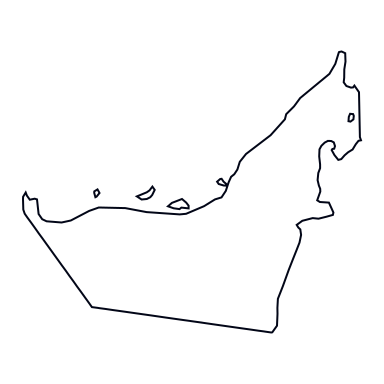 outline of United Arab Emirates
{"feature_id": "ARE", "entity_name": "United Arab Emirates", "entity_type": "country or territory", "adm_level": 0, "iso_a3": "ARE", "parent_name": "Asia", "parent_adm1": "", "projection": "robinson", "projection_center": [54.388, 24.345], "detail": "fine", "context": "isolated", "style": "outline", "palette": "ink", "viewbox_px": 384, "rotation_deg": 0, "n_neighbors": 0, "source": "natural_earth", "source_scale": "50m", "svg_char_len": 2268}
<svg xmlns="http://www.w3.org/2000/svg" viewBox="0 0 384 384"><path d="M354.4,85.6L359.0,92.2L359.9,137.1L361.0,140.3L358.5,140.8L355.8,144.2L352.6,149.5L348.2,152.2L344.6,155.3L341.3,159.1L338.3,159.9L334.4,155.0L331.7,150.1L332.4,149.0L334.2,148.7L335.0,146.1L333.8,142.4L331.2,141.0L327.9,140.9L324.7,142.6L321.4,145.8L319.5,149.3L319.2,156.4L320.1,164.4L320.1,168.2L318.3,173.0L317.6,180.1L318.9,185.6L320.2,188.8L320.3,191.6L317.2,200.3L319.9,202.0L328.9,202.6L331.6,208.5L333.4,212.5L332.9,214.9L326.5,216.7L318.5,218.7L312.7,218.1L302.3,220.8L296.7,224.9L298.3,227.5L300.3,229.4L301.1,234.9L299.5,242.6L296.6,250.0L292.9,259.3L288.7,270.0L282.9,286.1L277.9,298.8L277.4,307.9L277.5,313.8L277.0,325.7L272.3,332.3L271.3,332.5L265.7,331.7L263.8,331.4L258.5,330.7L250.2,329.5L239.4,328.0L226.7,326.2L212.6,324.2L197.4,322.0L181.7,319.8L166.1,317.6L150.9,315.4L136.7,313.4L124.1,311.6L113.3,310.1L105.1,308.9L99.7,308.2L97.9,307.9L91.9,307.1L88.8,302.7L84.9,297.3L81.1,292.0L77.2,286.7L73.4,281.3L69.5,276.0L65.7,270.6L61.8,265.3L58.0,260.0L54.1,254.6L50.3,249.3L46.4,243.9L42.6,238.6L38.7,233.3L34.9,227.9L31.1,222.6L27.2,217.3L24.7,213.7L23.3,209.6L23.0,199.1L23.1,196.8L25.7,192.5L26.9,195.6L29.8,199.7L34.7,198.7L37.0,199.4L38.6,214.0L42.2,219.2L46.6,221.3L61.6,222.5L70.8,220.5L89.2,210.9L98.8,207.5L125.3,208.1L146.6,212.1L179.7,214.4L186.1,213.8L204.0,206.2L215.0,199.4L221.5,197.4L225.8,190.9L228.6,182.4L231.1,176.8L234.3,174.2L237.4,169.5L239.8,161.8L246.0,154.0L270.6,135.2L284.9,119.3L286.2,114.2L294.0,106.4L300.2,98.0L329.4,73.9L335.3,63.9L338.7,52.8L339.1,52.0L341.6,51.5L345.2,53.2L345.5,61.6L344.3,69.4L344.2,77.8L343.7,82.3L346.4,86.0L351.0,87.6L353.1,87.4L354.4,85.6ZM353.4,119.4L353.8,115.9L353.1,114.1L350.1,113.8L348.8,116.9L348.5,121.2L350.5,121.6L353.4,119.4ZM188.6,205.7L188.6,208.4L181.4,207.6L179.5,209.1L173.7,208.3L168.0,206.3L171.9,202.9L182.0,199.0L186.2,202.6L188.6,205.7ZM146.8,199.0L141.6,199.5L136.9,196.4L146.8,192.3L149.5,190.4L152.4,186.6L154.7,189.9L152.2,195.0L150.3,197.2L146.8,199.0ZM226.3,184.0L225.7,185.6L223.7,185.5L218.7,184.0L217.1,181.7L220.2,179.0L221.6,178.8L223.6,181.7L226.3,184.0ZM96.6,196.6L95.4,197.2L94.2,192.8L94.3,191.4L97.5,189.4L99.5,193.0L96.6,196.6Z" fill="none" stroke="#020617" stroke-width="2"/></svg>